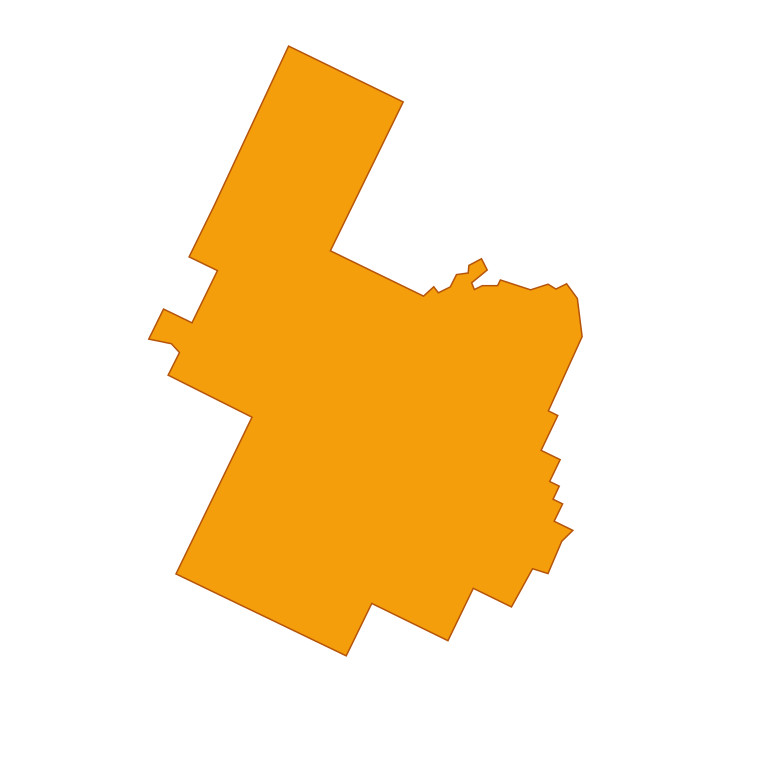 Power, Idaho, United States of America (Robinson projection), rotated 26°
{"feature_id": "52423323B18276050714213", "entity_name": "Power", "entity_type": "district", "adm_level": 2, "iso_a3": "USA", "parent_name": "United States of America", "parent_adm1": "Idaho", "projection": "robinson", "projection_center": [-112.754, 42.719], "detail": "fine", "context": "isolated", "style": "filled", "palette": "amber", "viewbox_px": 768, "rotation_deg": 26, "n_neighbors": 0, "source": "geoboundaries", "source_scale": "gbopen_adm2", "svg_char_len": 818}
<svg xmlns="http://www.w3.org/2000/svg" viewBox="0 0 768 768"><g transform="rotate(26 384 384)"><path d="M277.6,122.1L150.1,122.1L153.2,297.8L153.1,355.2L184.6,355.1L184.6,413.2L153.0,413.3L152.9,446.8L175.3,441.0L186.4,445.4L186.1,470.7L279.9,471.7L280.3,645.9L281.2,645.9L469.2,644.9L469.2,586.6L554.0,586.7L553.8,528.5L596.3,528.5L598.5,484.9L614.5,482.5L612.7,447.4L617.9,432.8L597.1,432.8L597.1,413.5L586.5,413.5L586.3,399.0L575.6,399.0L575.5,374.8L554.3,374.8L554.0,336.2L543.5,336.1L541.3,254.6L520.3,222.4L504.2,213.9L496.9,223.3L487.7,222.4L474.5,235.1L443.0,239.5L443.0,245.8L429.3,252.5L423.8,259.5L418.4,254.6L426.8,236.3L416.7,228.7L408.3,240.2L411.0,247.3L401.2,253.9L401.0,267.7L392.9,278.2L386.1,274.8L381.0,287.7L277.4,287.8L277.6,122.1Z" fill="#f59e0b" stroke="#b45309" stroke-width="1.5"/></g></svg>